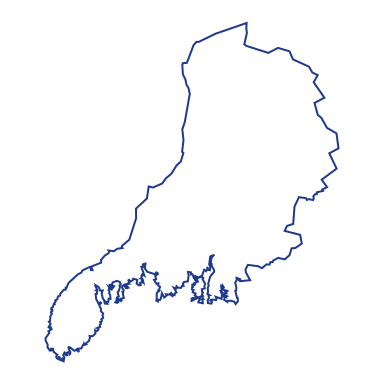 Lindesnes nor, Vest-Agder, Norway
{"feature_id": "86288312B19723632220281", "entity_name": "Lindesnes nor", "entity_type": "district", "adm_level": 2, "iso_a3": "NOR", "parent_name": "Norway", "parent_adm1": "Vest-Agder", "projection": "albers", "projection_center": [7.221, 58.115], "detail": "fine", "context": "isolated", "style": "outline", "palette": "blue", "viewbox_px": 384, "rotation_deg": 0, "n_neighbors": 0, "source": "geoboundaries", "source_scale": "gbopen_adm2", "svg_char_len": 5990}
<svg xmlns="http://www.w3.org/2000/svg" viewBox="0 0 384 384"><path d="M289.5,51.3L278.0,47.9L268.3,52.9L246.4,45.9L244.3,44.4L246.9,32.9L246.3,28.5L246.6,23.0L215.5,33.7L198.7,41.9L196.4,41.9L193.6,45.1L186.9,62.8L182.8,63.2L182.3,64.8L182.9,74.3L185.4,79.5L186.4,84.6L188.5,88.0L189.8,93.8L184.8,122.0L182.3,129.3L183.5,140.3L182.1,151.8L183.4,153.0L180.8,161.5L176.6,165.4L171.2,173.9L166.0,178.2L162.2,183.5L153.0,187.5L148.7,186.5L146.9,198.5L136.0,208.6L136.1,218.4L129.3,239.7L122.3,245.6L121.7,246.8L122.5,248.0L117.2,248.8L113.9,251.2L108.5,250.5L109.2,251.8L108.5,253.3L104.8,255.6L101.0,260.0L101.2,262.6L91.2,266.6L92.5,270.1L90.8,270.0L90.7,267.4L89.5,267.1L82.4,270.4L81.3,272.6L77.7,274.5L68.5,283.0L66.5,287.8L65.7,287.7L65.7,289.6L63.8,289.8L60.4,293.6L60.1,295.5L57.9,296.5L57.4,299.1L55.2,300.4L55.7,301.5L54.3,303.3L54.6,304.2L53.7,304.3L53.0,306.8L51.3,308.2L51.3,309.7L52.2,309.7L52.4,311.0L50.9,312.3L51.9,313.8L50.3,316.4L50.1,321.0L48.9,321.7L50.6,323.9L48.5,327.1L50.1,328.5L50.8,327.5L51.6,329.2L48.4,331.3L49.4,332.8L45.5,338.3L45.7,340.7L47.7,344.7L47.5,347.3L50.0,350.7L51.1,350.4L50.6,349.3L51.1,348.6L53.0,348.8L53.5,351.7L57.4,354.9L56.1,356.5L56.8,358.3L58.8,359.2L58.8,356.2L59.2,357.8L60.0,356.8L59.4,359.6L63.0,361.0L61.7,357.7L63.8,360.3L64.3,357.3L63.3,355.3L64.4,352.7L66.2,355.2L67.1,355.2L66.7,352.7L68.9,352.0L69.5,354.5L70.1,354.1L70.4,352.1L68.5,348.1L68.6,346.4L69.4,348.3L70.4,347.6L74.3,350.8L76.1,349.7L77.6,350.9L77.5,349.6L78.6,350.3L78.3,348.6L81.3,348.5L83.2,344.7L84.8,345.1L83.9,344.7L84.1,343.6L84.8,344.7L85.9,344.4L85.3,344.0L89.0,340.8L89.9,338.0L89.6,336.0L92.5,336.2L95.4,333.6L95.1,330.3L96.7,331.1L98.3,329.9L98.5,328.3L97.3,328.0L100.1,326.9L99.7,325.0L100.8,324.1L100.3,322.2L101.2,322.4L101.9,320.4L101.3,319.3L103.2,317.9L102.5,315.7L103.2,313.5L100.9,311.3L101.0,309.1L99.0,304.5L101.1,303.3L101.5,302.5L100.2,303.4L100.8,302.7L100.2,302.3L98.9,304.3L96.2,299.2L95.6,293.9L96.9,293.8L97.2,290.7L96.3,290.4L97.2,289.9L95.5,286.3L96.2,286.3L95.8,285.3L98.8,287.2L100.2,290.6L102.7,290.5L101.7,293.3L102.7,298.2L104.8,301.0L104.2,301.0L104.9,303.6L107.4,303.8L106.7,301.9L108.3,301.9L108.6,298.7L110.5,298.9L110.2,295.1L109.1,293.2L109.6,291.7L108.5,290.1L109.1,288.6L110.2,289.0L108.7,286.6L110.9,287.8L109.8,284.8L111.0,284.8L112.1,285.7L111.5,287.0L112.0,288.9L114.1,286.2L111.5,284.9L112.9,282.3L116.9,280.9L119.7,281.9L120.7,284.1L119.5,285.5L120.0,287.1L118.7,291.1L117.6,292.1L118.8,296.4L116.9,297.5L116.5,299.4L117.2,300.0L115.3,302.3L117.3,302.9L118.5,301.9L118.1,298.7L120.9,301.1L121.6,300.6L120.9,298.7L123.8,298.0L122.6,292.1L123.2,292.3L123.6,290.0L122.2,287.9L122.2,286.0L124.5,285.3L125.8,288.0L128.3,288.2L126.4,287.6L128.2,287.5L126.1,284.9L127.4,284.8L126.0,284.3L128.8,283.8L128.0,283.4L129.1,282.2L128.4,280.3L129.1,279.8L131.0,282.2L130.4,281.2L132.6,280.5L133.2,278.7L137.3,279.8L136.6,283.6L139.1,285.4L140.7,285.1L140.0,282.9L141.9,282.5L141.8,281.2L143.5,282.8L142.7,279.3L140.8,278.4L141.7,278.0L141.4,276.1L142.5,275.5L141.6,273.9L144.4,275.7L141.4,266.9L143.7,266.8L142.8,264.9L143.3,264.1L145.5,263.6L144.8,268.4L147.3,271.8L154.4,274.0L155.9,273.8L156.2,272.6L155.6,271.9L157.7,273.2L157.9,274.1L155.2,275.8L156.1,279.3L154.0,279.9L156.5,283.9L158.4,283.3L158.2,285.6L160.1,286.8L159.2,289.1L159.6,290.3L158.3,290.4L159.0,292.2L158.3,291.3L156.8,292.9L156.6,300.0L157.3,300.6L156.7,300.9L157.9,301.5L157.9,299.6L160.0,300.0L161.0,298.1L161.9,293.1L164.2,297.5L166.7,295.5L166.0,294.3L168.9,294.7L170.8,293.2L170.8,294.8L173.1,296.7L172.0,295.1L172.7,295.1L172.4,294.1L174.6,295.0L174.9,293.4L176.5,292.4L173.8,287.7L176.0,288.6L176.6,286.7L176.0,285.4L177.9,287.8L181.1,287.8L182.0,285.9L183.6,285.9L182.9,283.6L184.1,282.0L187.9,281.3L188.6,275.5L188.0,272.0L190.9,272.3L190.9,274.5L192.5,274.2L193.2,276.0L194.8,276.3L193.6,277.6L194.9,279.2L196.1,278.8L195.8,276.3L198.2,277.5L202.0,275.8L204.2,269.7L206.1,271.2L207.3,268.7L207.3,266.8L208.3,269.9L209.9,270.2L210.3,266.7L209.2,264.4L210.2,256.5L214.3,254.8L212.0,257.1L211.1,259.6L210.7,264.1L211.7,264.1L211.7,266.0L214.0,269.8L214.2,271.7L210.2,276.6L208.2,283.6L208.7,285.8L207.7,287.8L208.1,291.6L207.4,293.8L209.6,295.2L208.4,295.4L209.0,297.6L207.7,300.5L207.9,303.1L211.4,303.6L212.0,301.7L210.4,300.4L211.6,299.5L216.1,300.0L216.5,298.7L215.7,296.8L221.5,298.9L221.7,296.0L224.9,296.9L223.6,295.6L224.2,294.0L222.6,294.9L221.3,292.8L222.1,292.5L220.6,290.9L221.6,290.6L221.2,286.3L221.8,286.8L222.4,285.2L223.9,287.5L222.5,289.6L228.3,291.1L225.1,291.5L226.4,293.3L224.5,293.4L224.9,295.3L227.0,296.2L224.9,297.2L224.1,299.8L227.3,301.9L227.3,301.0L230.4,300.7L234.3,301.7L235.6,304.1L237.9,301.3L237.7,297.8L237.0,297.8L235.3,290.9L236.2,290.5L236.3,287.0L235.2,282.9L236.7,280.0L236.5,277.8L240.4,279.3L240.3,280.4L239.1,280.3L240.1,281.2L250.1,280.2L245.9,272.4L245.5,269.4L247.9,264.9L258.1,266.2L262.0,268.2L266.5,264.4L269.5,264.6L270.4,262.1L272.7,262.1L273.2,260.5L278.2,257.9L284.8,259.3L289.5,255.2L291.6,248.3L295.3,248.0L301.8,243.6L300.2,234.9L284.7,230.9L286.9,226.0L293.2,223.9L294.5,206.6L299.0,197.1L306.2,198.3L306.9,199.9L308.9,199.1L313.1,200.1L313.7,198.9L313.3,196.4L314.9,194.3L316.8,194.2L316.8,192.3L323.0,190.9L322.2,189.5L327.1,187.2L321.7,179.7L336.6,168.6L329.3,153.3L338.5,148.4L336.5,133.4L327.0,127.9L321.4,117.9L317.8,114.9L314.5,103.0L324.4,97.7L313.7,82.3L317.7,75.1L312.3,72.5L309.0,66.7L293.0,59.4L289.5,51.3ZM203.3,278.0L201.8,276.5L196.8,278.5L195.9,279.8L197.1,279.8L197.8,281.3L196.2,281.1L196.9,282.0L193.9,283.4L195.0,284.3L194.4,285.1L192.3,285.0L192.9,286.9L192.2,286.9L192.0,289.5L193.6,290.1L192.7,292.3L195.6,293.5L194.7,295.4L197.8,297.2L195.5,297.3L195.1,298.6L192.8,297.9L191.6,298.7L191.6,300.9L200.4,296.6L199.7,298.5L200.2,299.4L199.2,299.5L198.4,302.4L202.8,303.2L202.4,299.1L203.4,299.0L201.7,296.2L203.0,295.9L202.0,294.3L202.9,292.4L202.1,292.1L201.8,289.2L204.7,288.5L204.4,285.9L205.2,284.0L202.5,279.0L203.3,278.0Z" fill="none" stroke="#1e3a8a" stroke-width="2"/></svg>